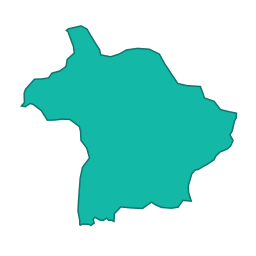 the district of Pera Pedi, Limassol, Cyprus, rotated 183°
{"feature_id": "46923920B54392768580932", "entity_name": "Pera Pedi", "entity_type": "district", "adm_level": 2, "iso_a3": "CYP", "parent_name": "Cyprus", "parent_adm1": "Limassol", "projection": "robinson", "projection_center": [32.873, 34.863], "detail": "fine", "context": "isolated", "style": "filled", "palette": "teal", "viewbox_px": 256, "rotation_deg": 183, "n_neighbors": 0, "source": "geoboundaries", "source_scale": "gbopen_adm2", "svg_char_len": 1343}
<svg xmlns="http://www.w3.org/2000/svg" viewBox="0 0 256 256"><g transform="rotate(183 128 128)"><path d="M61.0,58.3L64.2,67.0L64.7,73.8L61.9,85.5L58.7,89.6L55.6,90.3L51.4,93.2L46.8,96.0L40.5,100.7L38.7,104.7L34.9,108.8L27.5,112.4L24.5,115.5L22.5,121.1L25.8,126.5L23.7,130.8L22.0,140.6L20.4,143.8L20.5,148.5L27.0,149.4L36.7,151.2L43.3,159.1L53.2,161.9L57.8,173.2L71.4,173.4L80.6,175.0L87.4,184.1L95.0,194.4L100.5,203.4L110.9,207.8L122.8,208.0L133.6,205.9L140.7,201.4L149.0,198.2L159.1,199.6L160.5,204.8L164.6,210.3L170.4,218.9L174.1,224.6L175.5,225.3L180.3,227.5L192.7,223.9L194.7,222.3L192.9,220.9L190.0,214.1L186.8,206.7L185.6,200.1L192.3,193.3L193.1,186.2L199.1,181.4L206.8,178.8L210.0,173.8L217.3,172.4L224.0,171.8L232.4,161.2L233.5,157.2L232.8,148.0L235.6,144.4L231.9,143.9L226.9,147.4L223.5,146.4L215.5,140.9L209.0,131.6L202.0,132.1L194.1,133.4L186.6,133.5L176.6,126.9L175.2,122.0L174.3,113.1L168.1,105.8L164.9,96.0L171.4,86.3L173.1,75.5L173.3,67.0L173.6,53.1L173.6,42.5L171.4,33.5L171.1,28.9L170.4,28.5L168.5,29.7L166.1,29.7L162.4,29.8L159.7,28.8L158.7,30.0L156.8,31.1L158.0,35.3L156.2,37.1L151.6,34.7L147.9,34.4L144.8,36.9L142.4,34.7L139.9,35.1L137.1,34.0L137.1,41.8L131.0,48.8L120.9,48.4L109.3,48.4L100.8,55.2L96.8,52.9L90.3,50.4L80.5,50.2L73.9,51.5L69.4,58.6L61.0,58.3Z" fill="#14b8a6" stroke="#0f766e" stroke-width="1.5"/></g></svg>